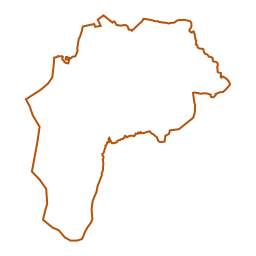 outline of Tsafe, Zamfara, Nigeria
{"feature_id": "59680162B12426298681132", "entity_name": "Tsafe", "entity_type": "district", "adm_level": 2, "iso_a3": "NGA", "parent_name": "Nigeria", "parent_adm1": "Zamfara", "projection": "robinson", "projection_center": [6.979, 11.824], "detail": "fine", "context": "isolated", "style": "outline", "palette": "amber", "viewbox_px": 256, "rotation_deg": 0, "n_neighbors": 0, "source": "geoboundaries", "source_scale": "gbopen_adm2", "svg_char_len": 4016}
<svg xmlns="http://www.w3.org/2000/svg" viewBox="0 0 256 256"><path d="M184.7,19.8L178.6,20.1L177.5,20.4L173.7,22.8L172.3,22.8L170.3,22.9L169.0,23.5L167.4,23.2L166.2,22.8L164.9,22.8L164.1,22.4L162.9,22.7L161.7,22.3L160.9,22.2L158.6,21.8L157.9,21.2L157.1,21.2L155.7,21.3L151.6,20.1L143.6,18.7L142.3,21.0L131.9,30.7L131.4,30.0L130.6,29.9L129.6,29.6L128.6,29.5L128.4,28.7L128.4,28.1L127.9,27.2L127.8,26.5L127.4,26.3L126.8,25.9L126.2,25.3L124.5,25.0L120.3,25.7L116.5,24.9L114.6,21.7L113.7,21.4L112.4,22.6L110.7,21.1L103.5,15.4L97.8,19.6L100.7,25.9L95.2,26.8L94.2,24.0L82.8,26.5L81.9,30.7L79.9,36.9L78.8,38.8L77.2,48.7L77.7,50.4L76.2,54.3L75.3,56.3L73.6,56.5L72.2,56.9L71.5,57.8L70.4,58.5L69.6,58.0L68.6,57.8L67.0,57.0L66.2,57.0L65.6,58.8L66.1,59.6L69.1,59.7L68.4,63.2L68.2,63.4L66.0,63.0L64.5,62.1L63.7,60.5L62.4,59.6L62.2,58.5L62.9,57.0L62.4,56.3L61.9,56.3L60.0,56.3L58.9,56.5L58.1,56.0L57.0,56.7L56.6,57.3L55.4,57.4L55.0,57.5L54.8,57.5L54.2,57.6L54.1,59.2L53.4,68.1L52.2,77.6L47.9,83.7L40.5,89.9L25.9,99.3L29.9,106.7L30.8,109.6L32.8,115.4L39.6,126.8L37.8,139.3L37.3,142.3L36.5,147.2L35.1,154.2L31.9,171.6L39.8,179.7L39.7,179.8L46.2,188.8L47.2,203.7L45.4,209.9L43.0,219.8L51.7,226.9L52.5,227.6L58.6,230.1L64.7,237.3L70.6,240.6L75.9,240.6L77.2,240.6L82.0,239.0L83.5,235.6L85.0,231.8L87.4,227.6L91.1,222.3L92.4,219.3L91.7,210.9L91.6,209.1L92.7,200.7L94.7,196.1L96.4,192.2L97.6,186.0L99.4,181.3L100.7,178.1L101.8,175.2L101.7,173.1L102.8,170.7L103.0,169.4L103.0,167.2L103.4,163.3L102.8,159.5L103.4,158.2L103.5,156.5L102.5,155.3L102.3,154.1L103.6,152.9L104.2,151.1L104.8,148.8L105.6,146.9L105.5,146.2L105.4,145.8L105.9,145.6L106.3,144.9L106.8,144.1L107.1,143.4L107.2,143.2L106.9,142.7L107.1,142.4L107.5,142.3L108.2,142.2L108.7,142.1L108.9,142.2L109.2,141.8L109.2,141.5L108.9,141.2L109.1,140.7L108.8,140.2L108.6,139.9L108.7,138.8L108.9,138.4L109.2,137.9L109.6,138.6L110.0,139.6L110.4,140.4L110.8,141.2L111.4,142.1L111.9,143.1L112.8,143.3L113.4,143.2L113.8,143.0L114.6,143.1L115.5,142.5L116.3,142.5L117.2,141.6L117.3,141.0L118.2,140.5L118.5,140.3L119.2,140.1L120.1,140.1L120.5,139.5L121.4,139.2L122.2,139.0L122.7,139.0L123.0,138.5L123.7,138.3L124.4,137.7L124.5,136.9L124.9,136.5L124.9,136.0L125.3,135.9L125.5,136.4L126.2,136.5L127.0,137.3L128.0,136.8L128.3,136.4L129.4,136.0L130.4,135.9L130.8,135.7L132.2,135.7L133.3,135.9L133.6,135.8L133.8,136.1L134.2,136.2L135.1,135.0L135.4,134.0L135.5,133.8L135.7,134.0L136.7,133.8L137.3,133.7L137.5,133.4L137.9,133.4L138.0,133.2L138.0,132.9L138.2,132.6L138.5,132.4L138.9,132.5L139.2,132.9L139.3,133.3L140.0,133.1L140.4,133.1L140.5,132.8L140.7,132.5L140.8,132.3L141.0,132.6L141.3,133.0L143.1,133.2L149.6,131.2L151.1,133.0L154.8,135.4L155.4,136.2L156.7,137.1L157.2,138.1L157.5,139.0L158.5,141.3L159.1,141.6L161.0,142.0L162.9,141.9L163.4,141.6L164.6,141.5L165.5,135.6L167.1,134.9L168.1,134.4L169.0,134.0L169.7,131.0L169.8,130.4L178.9,129.2L193.3,117.7L193.6,116.1L194.5,113.8L194.9,111.1L194.9,108.2L195.2,105.0L194.3,102.5L193.0,92.9L194.7,92.5L201.5,93.8L203.7,93.2L207.6,93.6L210.5,94.6L210.8,94.7L210.6,95.9L211.3,97.2L213.7,97.2L215.9,94.7L215.6,94.0L219.7,92.3L223.0,92.0L226.4,88.9L230.1,84.4L229.1,81.9L228.1,80.6L227.0,79.2L224.7,77.6L222.7,76.5L222.0,76.7L221.6,77.6L220.9,77.5L220.7,76.8L220.9,74.7L220.9,73.1L218.6,72.5L217.6,71.8L217.6,69.5L217.2,67.8L217.1,67.0L217.9,65.5L217.5,63.2L216.6,62.2L215.7,61.8L214.4,61.6L213.3,61.4L212.9,60.9L212.8,60.4L212.8,59.9L212.7,59.6L212.6,59.3L212.8,59.1L212.7,58.1L212.1,57.7L211.5,57.3L210.9,56.8L210.3,56.8L209.7,56.8L208.8,56.6L208.3,55.9L207.7,55.0L206.9,54.3L205.5,54.1L204.9,53.4L204.3,52.6L203.8,51.7L203.6,50.5L203.4,49.3L202.7,48.9L201.5,48.9L200.9,48.6L199.7,48.6L198.5,48.1L197.6,47.2L197.5,46.3L197.4,45.6L197.0,45.0L196.3,44.8L195.7,44.2L195.9,43.4L196.1,42.7L196.3,41.8L196.3,40.7L195.7,40.1L195.3,38.4L195.0,36.5L194.7,34.7L193.9,31.8L193.2,31.4L192.6,31.9L191.8,32.6L190.8,32.0L189.8,31.5L189.3,30.1L190.6,28.2L191.5,26.2L191.4,24.8L191.4,23.2L190.3,21.3L184.7,19.8Z" fill="none" stroke="#b45309" stroke-width="2"/></svg>